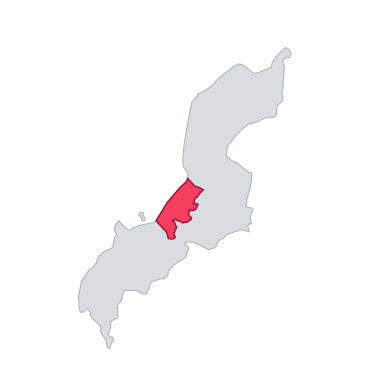 Malawi, with Nkhotakota highlighted, rotated 227°
{"feature_id": "MWI-1902", "entity_name": "Nkhotakota", "entity_type": "District", "adm_level": 1, "iso_a3": "MWI", "parent_name": "Malawi", "parent_adm1": "", "projection": "albers", "projection_center": [34.033, -12.814], "detail": "fine", "context": "in_parent", "style": "filled", "palette": "rose", "viewbox_px": 384, "rotation_deg": 227, "n_neighbors": 0, "source": "natural_earth", "source_scale": "10m", "svg_char_len": 4832}
<svg xmlns="http://www.w3.org/2000/svg" viewBox="0 0 384 384"><g transform="rotate(227 192 192)"><path d="M146.7,224.6L144.4,221.4L142.5,222.2L140.0,224.5L138.6,225.1L137.9,225.0L137.4,224.4L136.8,223.0L134.8,219.0L132.6,216.1L130.2,215.0L128.2,213.7L129.1,212.4L130.0,211.5L129.6,210.5L128.5,209.2L124.3,207.2L124.2,206.3L127.9,204.5L130.3,202.5L131.8,200.5L133.8,196.1L135.5,191.8L136.7,190.4L137.1,187.5L136.8,184.3L137.6,180.2L138.0,176.3L136.7,174.7L135.7,172.1L136.9,167.7L138.9,164.6L148.3,161.3L154.8,158.4L156.2,157.1L158.4,154.6L159.6,152.2L158.7,151.5L153.6,151.5L152.3,150.5L148.6,142.0L150.6,132.3L150.8,128.5L150.7,123.7L150.0,120.3L148.4,118.8L147.4,117.0L147.6,111.9L149.2,111.3L152.4,104.6L153.9,100.6L152.1,97.4L150.2,92.9L149.3,90.1L148.8,89.1L150.1,87.3L152.4,85.6L154.8,85.1L157.5,84.3L165.7,76.0L165.8,74.3L164.3,71.5L161.2,67.3L160.5,65.6L160.2,60.5L158.9,59.0L154.4,55.6L150.8,52.0L151.9,48.4L152.5,44.4L150.8,42.2L148.2,40.0L146.6,36.6L145.8,34.2L143.8,33.2L141.9,33.2L140.5,34.7L139.1,34.6L137.3,34.1L136.7,31.9L136.5,29.6L135.3,28.1L134.1,25.9L134.0,24.7L134.7,24.4L136.3,24.2L143.0,28.5L147.1,28.7L151.6,29.5L155.5,33.4L157.5,33.9L160.0,33.3L167.3,32.9L170.3,33.5L174.0,35.7L175.5,36.0L177.9,36.1L178.3,35.5L178.6,34.2L178.1,31.5L178.7,30.0L180.1,28.5L184.1,30.3L194.0,38.7L194.3,39.8L200.7,48.1L202.7,51.7L202.7,53.5L204.7,60.8L205.1,64.2L204.7,66.8L204.7,68.9L205.5,71.9L205.2,73.1L207.5,77.5L208.6,81.2L208.8,84.7L208.1,88.2L206.1,93.3L205.8,95.4L206.2,97.2L207.5,99.3L209.6,101.4L211.3,104.1L212.3,107.2L213.3,108.6L214.4,108.5L216.5,109.0L218.2,110.8L220.2,113.9L220.8,117.4L221.1,118.9L215.5,118.7L208.4,119.3L206.6,120.7L206.1,123.7L203.8,129.9L202.6,132.2L200.0,136.4L196.3,142.3L195.5,144.3L195.6,146.3L197.8,154.3L200.1,162.8L200.8,166.1L202.4,177.3L203.3,185.3L203.4,189.9L204.1,196.2L206.1,199.6L208.3,201.7L216.2,203.0L218.6,204.5L223.1,208.5L232.9,219.6L238.3,226.6L243.0,232.8L251.4,244.4L257.9,253.3L258.7,261.7L259.8,262.9L257.5,269.1L256.0,279.1L257.0,285.8L256.5,297.1L255.2,309.2L253.7,313.5L251.7,315.1L247.1,316.4L237.1,317.8L235.6,319.2L234.3,321.5L232.2,327.1L229.8,332.7L229.0,335.1L229.5,335.7L231.6,338.5L233.7,345.8L234.0,358.4L233.3,359.3L230.3,359.8L227.1,359.6L225.8,358.9L224.6,357.5L223.8,354.8L225.9,353.0L226.7,349.7L225.3,346.9L222.6,346.3L219.2,343.7L212.0,335.3L205.9,329.4L202.4,324.6L198.8,322.6L197.7,321.4L196.9,319.3L196.8,316.4L197.2,314.2L196.0,311.7L192.4,307.9L190.7,305.8L190.6,303.3L192.2,300.9L195.3,297.9L197.7,291.9L198.5,288.0L203.0,280.2L203.6,273.5L203.7,268.0L203.5,264.0L202.3,255.7L201.6,249.9L196.1,242.4L194.3,241.7L189.1,242.3L184.6,243.4L182.4,245.0L179.1,245.1L170.3,246.4L167.5,247.0L166.0,248.3L165.0,248.6L159.5,242.8L154.7,236.5L148.5,225.9L146.7,224.6ZM210.8,142.0L209.4,142.3L208.4,141.5L208.7,139.2L209.2,137.5L210.7,137.3L211.7,137.7L212.4,138.5L212.4,139.7L212.0,141.0L210.8,142.0ZM207.6,137.7L206.7,140.0L205.0,140.0L203.3,137.9L203.8,136.4L205.4,135.9L206.8,136.5L207.6,137.7Z" fill="#d9dde1" stroke="#a8b0b8" stroke-width="1"/><path d="M195.4,146.0L196.4,149.8L198.9,158.6L201.3,167.0L201.8,171.8L202.5,177.9L203.1,183.1L203.5,187.5L203.3,191.1L203.4,194.7L204.7,197.8L204.8,197.9L204.9,198.1L194.2,198.1L190.5,200.2L188.8,200.9L187.7,201.1L187.2,201.2L186.0,201.8L185.6,196.0L184.7,192.7L184.8,192.0L184.9,191.5L185.1,191.1L185.2,190.7L184.8,188.5L184.7,188.0L184.4,187.7L184.0,187.6L183.6,187.6L183.2,187.5L183.0,187.3L182.8,186.9L182.8,186.5L182.9,186.1L183.0,185.7L183.0,185.4L182.9,185.2L182.7,185.1L181.0,185.7L180.8,185.8L180.7,186.0L180.4,187.1L180.3,187.4L180.1,187.7L179.8,187.9L179.4,188.0L179.1,187.9L178.7,187.6L178.4,187.3L178.2,187.1L178.3,186.3L178.2,185.9L177.8,185.1L177.5,184.7L177.3,184.5L177.0,183.6L177.0,181.5L177.5,181.0L177.6,180.8L177.9,180.0L178.1,179.7L179.9,178.2L180.3,178.0L180.4,177.9L180.4,177.6L180.1,177.1L178.7,175.4L178.3,174.7L177.9,174.2L177.4,173.9L177.0,173.7L176.6,173.7L176.3,173.7L173.9,174.0L173.5,174.0L173.2,173.8L173.0,173.6L172.8,173.1L172.7,172.7L172.8,171.3L173.3,167.9L174.3,166.6L175.4,164.7L175.7,164.4L175.9,164.2L176.2,164.0L176.5,163.8L177.8,163.6L179.2,163.1L179.6,162.8L180.3,162.3L180.7,162.1L181.0,161.9L182.0,161.7L182.7,161.6L183.0,161.5L183.2,161.3L183.3,160.9L183.6,160.0L184.0,159.5L184.6,158.9L184.8,158.7L184.7,158.5L184.6,158.4L184.2,158.1L183.8,158.1L182.8,158.4L182.3,158.4L181.8,158.4L181.2,158.3L180.7,158.1L179.2,157.3L178.6,157.2L177.5,157.2L177.1,157.0L176.7,156.6L176.4,156.2L176.1,155.7L175.9,155.0L175.8,154.1L175.7,153.4L174.9,152.5L174.5,151.9L173.8,150.5L173.3,150.0L172.7,149.6L171.3,149.5L170.8,149.3L170.5,148.9L170.3,148.4L170.1,147.2L170.2,146.8L170.9,145.7L173.6,143.3L174.4,143.2L174.8,143.2L175.2,143.3L176.1,144.1L176.7,144.5L178.4,145.3L181.5,146.0L195.4,146.0L195.4,146.0Z" fill="#f43f5e" stroke="#9f1239" stroke-width="1.5"/></g></svg>